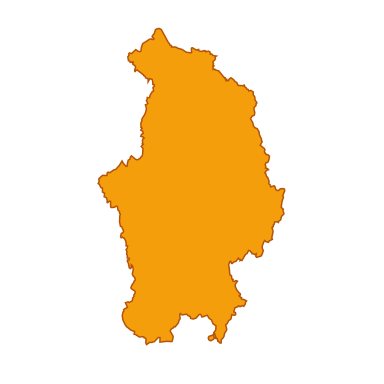 Tsaratanana, Betsiboka, Madagascar, rotated 8°
{"feature_id": "10022922B96360954496738", "entity_name": "Tsaratanana", "entity_type": "district", "adm_level": 2, "iso_a3": "MDG", "parent_name": "Madagascar", "parent_adm1": "Betsiboka", "projection": "robinson", "projection_center": [47.615, -17.138], "detail": "fine", "context": "isolated", "style": "filled", "palette": "amber", "viewbox_px": 384, "rotation_deg": 8, "n_neighbors": 0, "source": "geoboundaries", "source_scale": "gbopen_adm2", "svg_char_len": 6036}
<svg xmlns="http://www.w3.org/2000/svg" viewBox="0 0 384 384"><g transform="rotate(8 192 192)"><path d="M164.9,343.1L166.3,343.2L167.0,344.4L167.2,347.7L168.2,349.4L171.4,346.6L172.7,346.7L175.6,345.4L178.9,340.7L180.6,340.6L181.1,345.1L187.7,343.4L193.0,342.9L193.5,339.7L193.4,337.5L189.6,332.6L190.5,330.6L192.2,329.3L193.1,327.8L194.1,327.9L196.7,323.5L197.1,320.6L197.7,319.9L197.8,318.8L196.9,315.1L197.3,314.0L199.3,315.1L203.8,313.7L205.0,314.9L207.6,315.6L208.2,317.3L210.9,317.6L213.5,316.4L216.1,312.4L217.1,312.0L218.3,312.7L219.1,314.3L220.6,314.0L221.9,313.0L224.4,312.0L226.6,314.8L229.0,315.9L231.2,319.6L234.4,321.2L234.7,325.3L233.1,328.3L233.6,329.0L232.3,330.9L228.9,332.6L228.4,333.9L229.1,336.0L230.9,336.7L232.1,336.3L234.3,334.2L234.5,333.1L233.0,331.3L234.1,329.2L236.0,332.8L236.0,333.7L237.5,333.7L238.3,336.2L239.3,336.3L239.8,337.1L241.0,337.7L241.9,337.4L241.5,334.2L242.9,332.5L243.7,330.8L244.0,327.1L245.5,324.1L245.4,322.7L243.8,318.7L245.2,317.4L246.1,314.5L248.2,312.4L248.5,307.9L251.0,308.2L252.0,307.7L252.3,306.9L251.8,305.3L250.1,305.0L250.6,300.7L253.3,299.3L253.9,298.2L255.5,298.9L257.9,297.5L259.2,298.0L260.1,296.2L260.5,293.4L261.2,292.3L258.7,291.3L256.3,291.2L255.6,290.7L255.8,289.8L253.6,288.8L253.1,288.0L254.2,287.3L254.0,286.1L252.3,285.0L249.9,282.6L248.0,279.6L247.7,277.4L249.4,274.0L248.0,273.6L246.1,274.7L245.2,274.7L244.7,274.0L244.9,272.8L243.5,272.4L242.7,269.3L241.0,268.7L239.4,261.8L238.4,259.4L239.0,255.8L240.0,255.2L240.9,257.1L241.6,257.3L243.6,255.1L245.2,254.6L247.1,251.1L248.1,252.1L249.1,252.1L249.2,253.2L249.9,252.5L251.0,252.9L253.7,246.4L255.2,245.1L256.1,242.0L257.8,242.2L258.3,243.1L259.5,243.5L260.0,244.8L261.6,244.6L262.9,245.3L264.2,244.3L264.1,246.8L265.1,247.7L269.2,245.9L270.0,244.4L270.8,240.0L269.6,238.3L269.0,236.1L270.1,231.3L270.9,229.9L272.0,230.9L274.7,231.2L275.3,229.7L278.2,227.7L277.4,226.4L277.8,220.0L276.2,215.9L277.3,215.0L277.1,213.4L277.8,212.9L278.0,210.2L280.2,209.7L281.8,210.2L282.1,208.6L283.6,207.4L284.1,203.6L286.1,200.8L284.4,196.8L284.8,196.3L282.5,194.8L282.4,189.3L283.3,184.3L282.4,183.1L283.6,178.1L283.2,176.2L281.0,176.0L278.8,176.7L277.5,178.5L275.8,178.6L274.2,177.3L273.5,175.3L272.5,174.4L269.2,176.0L268.7,174.4L266.8,173.0L266.9,170.8L265.1,167.3L263.6,166.0L262.7,163.9L261.4,162.8L263.0,160.0L264.6,159.3L263.5,158.3L261.4,158.0L261.5,156.3L260.7,154.8L261.1,152.9L262.7,152.2L263.2,151.4L263.7,149.1L263.7,145.7L261.9,144.5L260.3,144.6L259.2,143.2L258.5,143.1L258.1,141.8L258.4,140.1L257.5,138.8L253.1,136.2L254.5,132.3L253.6,131.5L253.5,130.1L250.5,125.3L250.2,123.4L247.9,120.3L245.2,119.5L243.6,117.9L242.6,115.0L239.7,111.3L240.9,108.6L242.9,107.4L243.1,106.8L243.1,104.4L241.9,101.8L241.8,99.7L243.3,97.5L243.2,95.6L243.9,94.7L241.5,91.8L241.0,89.2L239.1,87.2L238.8,84.5L236.1,83.2L234.1,84.0L233.4,82.7L232.0,82.4L230.8,81.0L229.2,80.3L229.2,79.2L228.8,78.8L227.6,79.7L222.8,80.0L221.1,77.3L219.6,76.9L217.3,74.8L214.7,73.5L213.1,75.0L212.5,76.7L210.2,77.0L210.8,75.6L208.9,75.3L208.9,74.2L207.9,74.1L201.5,68.3L198.9,68.0L197.6,67.3L196.0,67.8L196.1,66.8L195.4,66.2L195.4,65.1L196.2,64.1L195.2,63.8L195.4,61.9L194.9,61.1L194.8,59.5L196.0,58.5L196.6,56.9L196.2,54.9L197.2,54.0L193.7,53.9L192.4,52.6L191.0,53.0L190.4,50.9L188.7,50.2L186.3,51.2L185.8,50.3L185.0,50.7L184.2,50.2L182.5,51.3L180.5,51.5L178.8,51.0L178.7,49.9L176.5,50.8L172.3,49.1L171.6,49.4L171.4,50.3L172.2,53.8L171.3,54.4L166.7,54.3L162.4,52.2L158.4,51.7L155.7,50.7L151.8,51.3L151.9,50.8L151.0,49.7L150.0,49.9L149.2,48.4L147.8,47.3L138.9,35.3L136.6,34.6L134.6,35.3L133.2,36.4L132.5,40.7L131.0,42.8L131.0,44.0L132.9,45.2L132.8,46.1L132.1,46.5L130.2,46.1L128.6,46.7L122.5,52.0L121.7,56.1L121.8,59.5L120.9,60.3L119.1,60.2L116.5,58.8L112.9,63.3L110.7,63.0L110.1,64.0L110.6,65.3L109.6,67.0L110.8,70.8L112.1,71.1L112.8,72.3L115.3,71.3L115.9,72.1L115.2,72.7L115.4,73.5L118.2,75.1L118.8,76.5L118.2,79.3L118.7,80.6L119.2,80.5L119.5,79.2L120.6,78.8L127.4,82.6L128.0,83.5L129.1,83.7L130.2,85.4L132.8,86.1L133.2,88.9L134.5,85.6L136.9,86.1L138.0,89.0L138.0,90.6L138.5,91.1L139.4,90.9L139.9,91.4L139.9,92.5L138.8,94.0L139.9,97.4L138.7,98.2L137.0,102.0L136.9,104.2L136.1,104.7L134.6,104.6L134.6,106.8L134.1,107.8L135.9,110.4L134.9,111.6L133.7,112.2L135.3,115.7L135.1,118.7L134.5,121.6L132.3,126.4L132.4,128.9L131.8,130.7L132.2,133.7L132.8,134.6L132.5,135.2L133.7,135.8L132.7,137.9L134.8,138.8L135.5,140.9L133.9,141.9L133.5,144.0L136.1,144.4L137.1,145.3L136.1,146.0L135.7,148.0L136.3,150.2L136.0,151.2L137.1,151.5L135.4,153.9L137.4,155.7L137.8,161.6L137.5,163.5L136.2,164.9L136.0,165.9L133.4,167.8L131.4,167.4L127.0,164.6L126.1,166.0L126.0,168.1L124.4,169.3L124.0,173.5L124.3,174.5L123.9,175.8L123.2,175.8L120.2,173.4L118.4,171.0L116.5,175.5L113.3,180.3L111.6,180.9L107.9,184.3L106.4,184.0L105.7,184.4L105.3,185.3L105.6,186.9L105.1,187.6L101.3,187.9L99.8,189.4L97.9,192.0L98.5,194.4L97.9,196.8L99.0,197.1L101.2,200.4L102.7,200.5L103.4,204.6L105.6,205.4L105.7,208.9L108.0,209.6L109.1,211.8L109.4,214.2L110.0,214.3L111.3,212.6L112.6,212.7L113.6,218.3L114.4,218.6L117.3,218.0L118.7,216.7L119.6,216.5L120.3,217.2L121.2,220.2L122.8,221.3L123.2,223.1L124.1,223.9L123.8,225.8L124.4,231.6L125.9,235.9L127.1,236.1L129.8,240.4L129.2,241.8L127.8,243.0L127.4,246.0L128.3,247.2L129.3,246.4L131.6,247.5L133.4,250.1L134.2,253.0L134.1,254.4L135.7,254.4L135.7,256.7L134.7,258.2L135.8,259.9L135.9,262.7L136.8,263.8L137.1,266.4L138.9,266.2L139.3,266.7L138.9,268.3L137.7,268.2L137.5,269.4L138.8,271.2L140.4,275.8L141.6,276.4L142.4,275.4L142.0,272.5L143.5,273.5L144.6,277.0L144.3,281.6L145.6,283.6L146.9,284.3L148.2,286.9L147.0,288.5L146.8,290.2L145.7,291.8L144.8,295.2L145.2,296.1L149.4,298.2L149.7,300.4L148.8,301.6L149.0,303.6L148.0,305.4L148.1,307.5L147.5,308.5L145.1,310.2L144.1,309.7L141.5,310.9L144.2,315.3L141.2,317.3L140.7,318.3L141.0,319.4L140.5,320.2L140.1,324.0L141.4,328.3L144.2,332.6L146.0,334.5L150.9,337.4L154.6,338.1L154.4,340.9L156.0,341.0L159.9,342.9L163.8,342.1L164.7,342.5L164.9,343.1Z" fill="#f59e0b" stroke="#b45309" stroke-width="1.5"/></g></svg>